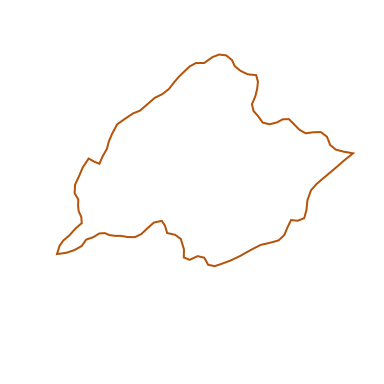 Capim Branco, Minas Gerais, Brazil, rotated 42°
{"feature_id": "56859067B81738961349319", "entity_name": "Capim Branco", "entity_type": "district", "adm_level": 2, "iso_a3": "BRA", "parent_name": "Brazil", "parent_adm1": "Minas Gerais", "projection": "equal_earth", "projection_center": [-44.169, -19.58], "detail": "fine", "context": "isolated", "style": "outline", "palette": "amber", "viewbox_px": 384, "rotation_deg": 42, "n_neighbors": 0, "source": "geoboundaries", "source_scale": "gbopen_adm2", "svg_char_len": 1475}
<svg xmlns="http://www.w3.org/2000/svg" viewBox="0 0 384 384"><g transform="rotate(42 192 192)"><path d="M133.2,328.5L139.4,321.1L143.5,313.8L146.2,305.9L145.2,298.2L148.9,291.6L150.8,284.9L154.7,280.9L159.6,279.2L164.5,275.8L168.6,272.1L174.4,268.5L179.8,263.7L182.5,257.1L183.1,249.1L184.1,240.3L188.8,233.7L194.4,235.1L201.0,239.1L208.1,235.1L215.1,234.4L224.4,240.0L229.7,246.1L235.6,244.0L239.1,235.9L245.1,232.6L252.7,235.3L258.5,231.9L262.4,225.0L266.4,217.3L270.3,208.1L273.2,199.4L275.7,192.4L278.6,185.1L283.3,178.5L288.7,170.1L289.4,162.3L286.6,154.3L284.4,146.6L289.8,142.6L292.9,136.3L289.1,128.8L283.3,120.9L279.3,111.1L279.2,102.8L280.0,96.4L281.4,86.6L282.8,76.3L284.1,65.7L285.8,55.5L277.6,60.6L270.5,64.3L263.2,64.6L255.3,60.6L247.6,61.3L242.4,66.2L237.2,72.3L230.1,73.9L222.8,73.4L215.3,73.0L210.8,77.2L208.6,83.4L204.3,89.8L198.1,93.1L190.4,91.4L183.5,90.6L177.8,86.7L175.1,78.6L171.3,71.6L167.3,66.0L161.5,62.2L154.6,67.3L147.0,69.5L139.6,69.9L133.4,67.2L126.0,67.6L120.3,71.6L117.0,77.9L114.7,88.0L108.6,93.6L106.2,100.3L105.6,108.2L105.1,115.2L105.3,122.1L105.9,130.9L104.5,139.0L101.3,147.0L100.1,156.9L98.9,166.4L95.6,173.0L93.3,182.1L91.1,191.7L93.6,201.9L96.3,209.9L99.9,216.9L101.8,225.6L104.3,233.0L98.9,234.9L92.8,236.3L94.4,247.0L97.2,255.0L100.2,264.8L105.6,271.5L112.5,273.6L116.2,278.1L120.6,282.1L126.4,284.6L130.9,288.9L129.9,296.6L129.9,306.6L128.8,314.3L129.7,320.8L133.2,328.5Z" fill="none" stroke="#b45309" stroke-width="2"/></g></svg>